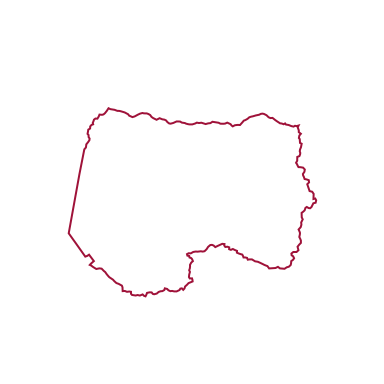 the district of Buriti Bravo, Maranhão, Brazil, rotated 56°
{"feature_id": "56859067B93181490045826", "entity_name": "Buriti Bravo", "entity_type": "district", "adm_level": 2, "iso_a3": "BRA", "parent_name": "Brazil", "parent_adm1": "Maranhão", "projection": "natural_earth1", "projection_center": [-43.798, -5.776], "detail": "fine", "context": "isolated", "style": "outline", "palette": "rose", "viewbox_px": 384, "rotation_deg": 56, "n_neighbors": 0, "source": "geoboundaries", "source_scale": "gbopen_adm2", "svg_char_len": 4099}
<svg xmlns="http://www.w3.org/2000/svg" viewBox="0 0 384 384"><g transform="rotate(56 192 192)"><path d="M298.5,170.8L301.7,165.3L302.1,162.6L304.5,161.8L307.4,158.2L307.4,155.6L308.1,153.5L307.7,151.0L306.6,149.8L304.8,148.4L304.7,146.1L304.0,144.4L301.8,144.1L300.2,144.8L298.6,144.0L298.4,141.6L300.2,138.9L299.8,136.3L296.4,135.1L295.6,132.6L295.1,130.2L293.2,128.9L291.5,128.5L289.3,128.2L287.7,126.5L286.4,125.4L285.1,125.0L282.7,124.6L281.9,121.5L280.3,119.6L278.3,118.5L276.6,115.5L274.4,115.2L270.6,112.8L270.5,110.8L270.2,108.9L268.6,106.8L268.6,105.2L270.5,104.3L271.5,103.2L271.3,101.4L269.2,97.7L270.0,95.5L268.3,93.7L266.3,93.5L265.7,95.2L261.6,92.2L259.0,92.2L257.0,94.0L250.0,92.1L249.5,89.6L247.5,88.6L245.5,90.1L244.2,91.4L242.0,90.8L240.4,90.6L239.1,90.0L238.1,87.5L236.4,85.9L233.9,86.3L232.1,88.2L230.9,89.8L229.3,89.7L227.7,89.4L226.0,89.4L224.9,87.3L221.8,85.1L222.3,82.9L221.4,81.5L220.2,80.4L218.5,79.9L217.2,78.7L215.8,76.6L213.3,74.1L211.7,75.0L208.4,73.1L207.0,73.2L205.2,71.4L204.6,69.2L202.1,70.0L200.6,69.0L197.5,68.2L196.5,66.5L195.9,68.4L194.7,69.6L194.6,71.2L192.9,72.8L190.5,74.4L188.6,76.4L187.2,76.5L187.1,78.1L185.4,79.3L184.3,80.6L182.8,81.2L180.7,82.1L178.5,82.9L175.6,83.8L174.6,85.6L172.9,86.7L170.0,87.3L167.5,88.7L166.4,89.8L165.7,91.3L165.5,93.1L164.2,96.3L163.3,99.2L162.6,100.9L162.1,102.7L162.4,105.0L162.2,107.6L161.8,109.2L162.3,110.8L163.3,114.7L161.7,117.0L160.6,119.2L160.4,121.5L159.0,122.0L157.3,122.1L154.2,124.0L153.8,126.3L153.0,127.8L151.2,130.3L149.5,131.2L148.0,132.8L146.5,134.4L145.2,135.8L145.2,138.2L144.1,140.3L143.3,142.7L141.8,143.9L139.8,145.5L138.7,147.7L137.2,149.2L137.0,151.0L136.1,154.0L134.7,156.1L133.6,157.3L132.0,158.7L130.8,159.4L129.8,160.5L128.8,161.6L126.9,162.5L124.9,165.3L124.3,168.9L123.4,171.5L122.4,172.6L120.3,173.3L118.1,173.5L116.6,174.4L115.1,176.0L112.7,177.6L112.3,181.0L108.9,182.9L107.0,183.6L104.9,183.6L103.0,184.5L101.6,185.5L99.9,187.9L98.8,188.9L98.0,191.2L97.6,193.8L97.3,197.2L96.6,199.5L94.8,200.6L93.6,201.4L91.8,201.5L88.4,203.3L85.7,205.5L84.2,206.8L83.1,208.4L81.9,209.3L80.6,210.2L79.1,211.8L77.6,213.4L75.9,214.4L77.0,217.0L78.0,220.1L78.2,222.0L77.7,223.4L76.1,225.4L77.3,227.2L78.3,229.4L77.1,231.0L77.2,232.8L78.3,234.2L79.2,235.6L80.6,236.1L80.2,237.8L80.7,239.7L82.4,241.0L82.3,243.1L83.9,244.6L85.4,246.1L86.9,245.9L88.7,247.0L90.4,247.0L91.7,248.1L92.6,250.4L93.4,253.0L94.6,254.0L95.8,255.1L96.4,257.4L114.1,275.2L157.3,317.3L165.3,317.1L168.4,317.0L185.9,316.6L186.4,314.5L186.4,312.4L194.4,312.0L194.9,315.9L195.3,317.5L196.8,316.6L198.2,316.2L200.1,315.4L202.3,314.4L203.5,311.5L205.0,309.8L208.3,309.2L209.9,308.7L212.0,308.7L214.3,308.5L216.4,308.2L218.6,307.3L220.6,306.5L222.3,306.3L225.2,305.6L227.1,304.2L230.4,302.5L232.1,302.9L235.4,304.9L236.5,303.0L238.4,301.7L239.4,299.7L240.6,298.4L242.3,299.5L243.8,299.3L246.3,296.6L247.0,294.7L248.7,293.1L249.3,290.2L251.3,289.8L252.5,288.9L251.7,287.4L250.5,285.7L251.5,283.2L252.7,281.6L254.5,281.5L255.6,280.6L256.5,278.0L256.2,275.6L256.7,273.6L257.6,272.0L257.8,269.8L256.7,268.4L258.5,266.8L260.3,266.5L262.1,265.4L262.9,263.8L264.5,262.3L265.8,260.4L266.3,257.2L265.6,255.7L266.2,254.3L268.2,254.0L267.8,252.2L266.5,250.6L266.1,247.9L265.6,245.8L266.1,243.5L266.5,241.5L265.2,240.8L263.6,240.3L262.4,242.2L260.8,242.1L258.8,240.4L257.1,238.4L255.3,238.1L254.2,236.6L252.7,235.3L251.3,234.4L250.1,232.1L249.8,229.9L247.8,229.5L246.4,229.6L244.9,230.7L243.5,230.1L242.2,231.4L240.7,230.9L240.9,229.0L242.2,227.3L242.4,224.5L243.5,222.1L244.5,220.9L246.1,217.8L247.4,216.4L248.1,214.7L247.6,211.9L246.5,209.3L246.2,206.5L247.0,205.0L248.5,204.0L250.7,203.5L251.1,200.6L251.5,198.2L251.9,195.9L253.3,194.2L254.4,195.2L256.2,195.1L257.2,193.2L258.7,192.1L260.2,193.2L261.7,192.1L262.1,190.0L264.1,188.9L266.0,187.6L267.4,188.7L269.3,187.5L270.6,186.5L272.0,185.3L273.7,185.5L275.1,185.9L276.1,184.4L277.4,183.2L279.3,183.6L280.2,181.7L281.4,180.0L283.1,179.2L284.7,178.5L286.7,176.4L289.0,175.0L290.2,174.3L291.4,173.6L292.7,172.9L294.1,172.0L295.6,170.9L298.5,170.8Z" fill="none" stroke="#9f1239" stroke-width="2"/></g></svg>